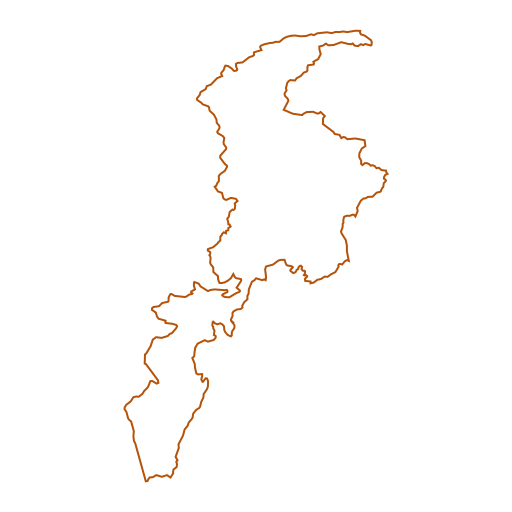 an SVG outline of K.P.
{"feature_id": "PAK-1123", "entity_name": "K.P.", "entity_type": "Province", "adm_level": 1, "iso_a3": "PAK", "parent_name": "Pakistan", "parent_adm1": "", "projection": "natural_earth1", "projection_center": [72.151, 34.071], "detail": "fine", "context": "isolated", "style": "outline", "palette": "amber", "viewbox_px": 512, "rotation_deg": 0, "n_neighbors": 0, "source": "natural_earth", "source_scale": "10m", "svg_char_len": 6028}
<svg xmlns="http://www.w3.org/2000/svg" viewBox="0 0 512 512"><path d="M355.6,30.7L360.2,30.9L360.0,32.5L360.8,34.3L364.9,35.7L371.1,40.3L371.8,42.3L371.4,45.2L370.7,45.5L365.3,44.0L363.1,45.1L360.9,44.2L358.1,46.1L354.5,45.6L352.8,43.5L351.2,44.2L348.0,43.9L341.3,42.2L333.6,45.0L328.3,45.3L325.9,43.6L323.0,45.6L319.3,46.5L319.4,49.3L320.7,54.1L318.2,59.1L313.4,61.7L314.0,63.6L313.7,64.5L308.0,65.3L307.4,67.2L307.4,70.5L306.8,71.5L303.8,72.6L300.9,75.9L296.7,78.2L295.0,80.5L290.4,80.1L288.7,81.1L287.3,82.8L285.9,88.3L286.6,90.2L284.7,93.2L284.5,94.3L285.3,96.3L287.7,98.7L288.4,100.8L283.7,109.8L292.7,113.7L301.5,115.0L302.3,115.0L303.1,114.0L306.6,112.1L313.0,111.8L317.5,113.6L319.0,113.3L320.5,112.0L324.8,116.0L323.1,118.3L322.9,124.0L333.6,132.1L334.6,133.9L339.5,134.9L341.3,138.1L343.4,137.0L344.9,137.3L347.4,139.2L355.4,138.5L364.6,140.2L365.4,146.1L361.8,148.5L359.4,153.3L359.2,157.1L361.2,160.7L361.1,163.8L362.4,165.1L364.8,163.1L367.1,163.2L369.1,164.1L370.7,165.7L372.2,165.2L374.5,165.9L376.5,168.2L378.9,167.8L381.5,170.1L386.0,170.6L386.2,172.1L387.5,173.9L385.2,175.0L383.9,177.4L384.0,178.7L385.5,179.7L386.0,180.7L383.8,183.2L383.2,187.1L381.8,188.6L381.1,190.7L380.4,191.7L376.6,192.7L372.5,196.7L367.9,196.9L365.6,198.3L363.5,198.5L360.8,200.7L357.0,207.9L357.7,211.0L355.4,216.5L354.2,214.9L352.8,214.6L349.6,215.9L347.0,215.7L344.2,216.7L343.3,219.9L343.4,222.6L342.7,224.0L342.6,227.2L341.0,231.6L341.5,233.2L345.8,240.1L346.9,245.7L346.9,251.2L348.8,260.9L347.1,260.1L344.9,261.2L342.2,264.5L340.0,263.9L338.8,264.3L338.3,265.5L338.6,266.7L335.4,272.1L330.8,274.4L327.7,276.8L324.6,276.6L321.0,279.0L317.3,279.8L313.7,282.6L310.5,283.3L310.5,281.5L305.2,280.9L305.0,278.7L306.8,277.1L307.2,276.1L306.1,275.2L304.7,275.5L303.9,275.1L304.9,273.5L305.0,271.3L304.4,270.7L303.0,270.8L301.8,269.5L301.5,268.9L302.1,267.1L300.9,265.7L299.7,266.0L298.4,267.5L298.2,269.0L296.8,269.8L295.4,272.3L293.2,273.1L290.3,270.7L290.6,269.5L292.8,267.6L292.7,266.9L291.4,266.2L287.1,265.4L286.1,264.3L284.5,259.8L280.7,259.9L278.3,260.6L273.0,264.6L266.0,266.5L265.1,269.4L266.1,277.1L265.6,280.2L264.1,279.3L262.5,280.2L256.1,278.3L254.5,280.2L251.9,281.8L248.8,289.4L248.6,293.6L247.4,295.8L247.4,299.3L244.1,302.3L242.2,305.9L242.5,307.5L240.7,309.1L237.2,309.4L233.6,311.3L232.5,313.0L232.6,315.9L230.9,319.6L231.2,320.8L232.3,321.7L231.8,321.7L234.3,324.9L234.5,326.6L234.2,328.3L232.3,331.0L231.8,332.5L231.7,335.5L230.9,336.4L227.8,335.0L225.4,332.3L224.3,330.0L224.0,326.4L222.6,324.6L220.4,323.3L217.3,324.3L214.9,323.3L213.2,321.6L212.7,322.1L212.3,325.5L213.2,326.8L213.3,328.5L214.5,330.7L213.9,335.0L215.5,335.8L215.8,336.9L215.4,338.1L213.7,340.0L207.9,341.6L204.7,340.2L197.6,343.7L195.1,348.0L194.1,356.4L192.3,358.0L194.7,363.8L195.0,367.6L196.3,373.4L197.9,374.4L202.1,374.1L202.2,375.9L201.3,379.3L202.5,381.8L203.1,381.7L205.6,378.3L207.0,378.5L208.1,381.1L207.9,386.6L206.9,389.3L203.7,394.0L203.3,397.8L201.3,401.7L200.1,406.6L199.3,407.9L196.2,409.9L193.2,413.6L192.5,418.0L188.7,422.6L187.6,425.9L184.7,429.3L183.0,435.6L178.5,444.3L178.8,448.0L175.6,456.9L177.5,460.2L176.3,461.8L177.0,464.2L176.6,467.1L173.6,469.4L173.0,471.9L173.2,473.3L170.5,477.5L166.9,475.1L161.9,476.8L156.2,475.1L152.9,477.2L149.8,477.4L148.5,478.9L147.5,481.0L145.8,481.3L135.2,443.2L134.0,441.0L133.4,436.4L133.8,431.1L131.2,421.6L128.7,419.4L128.0,417.9L126.5,412.2L124.5,409.0L124.7,407.3L126.3,404.8L130.7,401.4L133.4,397.2L136.3,396.5L138.6,396.8L142.4,393.9L144.1,391.1L147.9,387.2L150.4,381.1L152.3,381.0L156.6,383.6L158.4,382.9L157.9,380.2L145.8,363.9L144.7,363.6L145.0,354.5L146.3,353.4L150.7,346.0L152.8,339.6L156.1,337.2L161.5,337.9L167.8,336.0L169.9,333.8L171.9,333.2L176.1,328.3L177.1,326.3L176.3,325.0L172.5,323.8L165.6,323.0L165.3,322.4L165.6,320.7L158.5,318.7L156.9,316.3L155.9,312.6L152.0,309.9L152.1,308.1L153.6,307.0L159.0,306.2L162.2,303.0L168.0,301.8L168.5,301.0L168.7,297.2L170.3,294.2L171.5,294.0L174.7,295.9L185.0,297.0L186.9,296.3L188.7,294.8L192.1,293.9L192.5,293.5L191.1,292.4L191.2,291.5L195.0,289.4L193.9,285.8L194.0,282.6L194.4,282.0L198.6,283.6L200.5,286.4L208.0,291.1L210.4,290.0L214.6,289.4L224.7,290.2L226.8,289.9L227.5,290.9L227.3,292.1L222.8,294.2L222.2,295.1L223.1,296.2L225.2,297.1L229.3,297.3L236.3,293.1L239.2,292.0L240.0,291.1L239.8,290.4L236.6,287.7L240.9,281.2L241.3,280.1L240.9,279.1L235.9,278.1L234.8,277.0L233.3,274.0L230.9,278.2L228.0,280.6L224.4,282.5L221.4,283.1L219.4,282.9L218.1,279.4L218.0,276.2L213.4,272.0L213.2,267.4L210.7,264.2L210.1,262.6L210.6,258.3L210.3,256.4L209.4,255.2L210.2,253.9L210.2,252.5L210.1,252.0L207.8,250.6L207.9,249.1L213.2,247.2L217.6,243.4L218.2,242.3L220.3,240.5L220.3,236.6L221.8,235.1L222.0,234.0L223.8,232.3L225.9,233.3L226.1,230.9L228.2,230.2L228.4,228.0L230.6,226.6L229.7,224.6L228.4,224.4L228.1,221.8L227.2,218.7L228.8,216.8L229.7,212.0L232.4,209.6L233.4,210.0L234.8,208.9L235.2,205.5L234.7,203.4L237.5,201.0L235.9,198.8L230.9,197.9L226.4,199.9L224.6,199.4L223.3,198.1L222.0,192.9L217.9,191.4L214.7,186.7L216.2,185.8L217.3,183.1L218.9,181.1L218.8,176.0L220.5,173.9L224.9,170.8L227.1,166.7L226.9,165.6L224.9,164.0L220.2,157.8L220.3,155.6L226.1,149.1L226.2,147.5L223.9,144.3L223.5,142.5L224.3,138.0L222.7,136.0L217.8,133.2L217.2,131.8L219.2,128.7L219.6,127.3L219.3,125.9L216.7,122.7L216.5,119.6L213.9,114.6L210.1,111.2L209.4,110.0L209.1,107.4L208.2,106.3L202.8,104.4L201.1,102.6L197.2,100.0L196.9,98.5L199.6,95.1L200.6,92.1L205.7,89.1L206.8,86.1L210.8,84.7L217.1,78.2L222.2,76.0L221.1,73.7L221.5,72.5L223.6,70.1L224.9,66.3L225.5,65.6L228.0,66.0L231.7,68.5L233.6,70.6L234.5,71.0L236.6,70.5L237.3,69.6L236.1,66.4L236.0,63.9L237.3,63.0L242.5,62.4L249.1,57.3L253.0,55.9L254.1,54.9L253.8,52.8L254.3,52.2L261.5,50.1L260.1,47.2L260.4,46.2L261.4,45.5L264.2,44.3L269.9,43.0L272.7,42.8L275.4,41.9L279.6,41.8L283.6,38.4L286.8,36.8L290.9,35.8L295.1,35.5L300.5,36.3L306.1,36.0L311.1,34.3L314.0,35.1L317.3,33.3L326.9,32.3L331.7,33.1L335.9,31.9L338.9,32.1L343.2,31.5L347.2,32.1L355.6,30.7Z" fill="none" stroke="#b45309" stroke-width="2"/></svg>